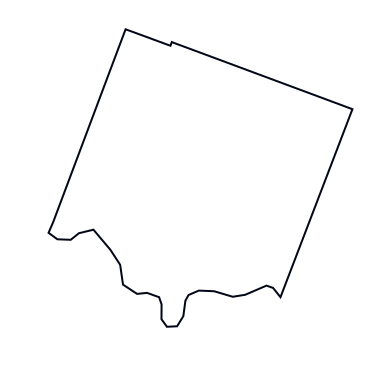 Brule, South Dakota, United States of America (orthographic projection), rotated 291°
{"feature_id": "52423323B31901500276132", "entity_name": "Brule", "entity_type": "district", "adm_level": 2, "iso_a3": "USA", "parent_name": "United States of America", "parent_adm1": "South Dakota", "projection": "orthographic", "projection_center": [-99.284, 43.717], "detail": "fine", "context": "isolated", "style": "outline", "palette": "ink", "viewbox_px": 384, "rotation_deg": 291, "n_neighbors": 0, "source": "geoboundaries", "source_scale": "gbopen_adm2", "svg_char_len": 530}
<svg xmlns="http://www.w3.org/2000/svg" viewBox="0 0 384 384"><g transform="rotate(291 192 192)"><path d="M102.5,72.7L99.6,83.2L103.9,95.9L113.0,101.2L121.5,113.5L108.8,136.5L98.3,151.0L80.8,160.8L77.2,177.2L81.7,186.2L82.0,199.0L76.1,203.9L62.3,209.1L57.2,216.9L61.3,226.2L73.0,228.4L88.2,224.8L94.6,225.7L102.4,233.7L107.3,248.3L108.8,267.6L115.1,278.5L131.3,295.1L131.5,302.1L125.5,312.3L326.8,312.1L324.7,119.4L320.8,119.5L320.1,71.7L272.8,72.0L113.9,73.2L102.5,72.7Z" fill="none" stroke="#020617" stroke-width="2"/></g></svg>